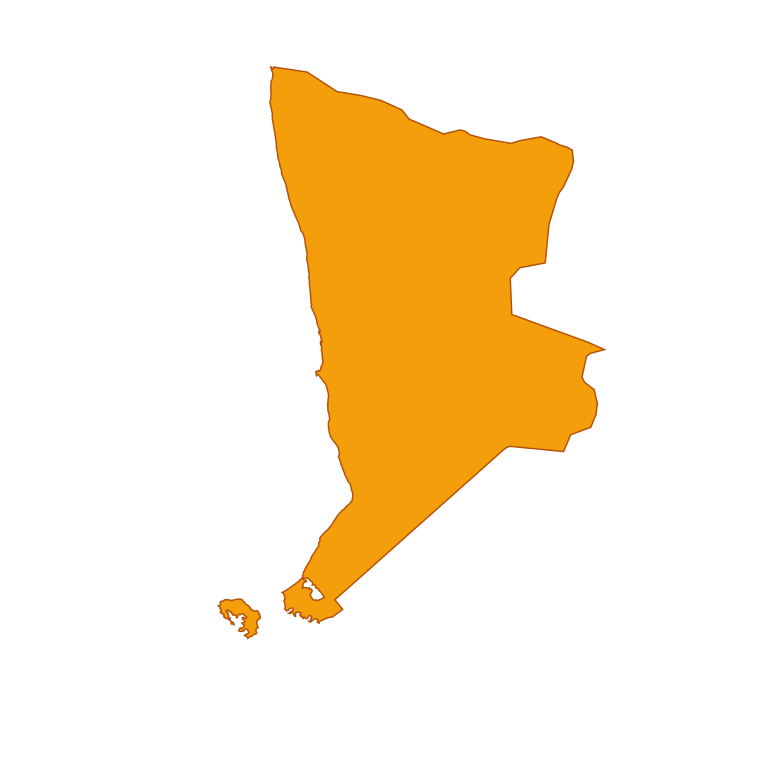 Dhubab, Ta`izz, Yemen, rotated 19°
{"feature_id": "15242507B83156576087304", "entity_name": "Dhubab", "entity_type": "district", "adm_level": 2, "iso_a3": "YEM", "parent_name": "Yemen", "parent_adm1": "Ta`izz", "projection": "mercator", "projection_center": [43.427, 12.956], "detail": "fine", "context": "isolated", "style": "filled", "palette": "amber", "viewbox_px": 768, "rotation_deg": 19, "n_neighbors": 0, "source": "geoboundaries", "source_scale": "gbopen_adm2", "svg_char_len": 6170}
<svg xmlns="http://www.w3.org/2000/svg" viewBox="0 0 768 768"><g transform="rotate(19 384 384)"><path d="M373.5,118.9L358.8,128.2L321.6,125.4L311.8,119.1L288.7,116.9L268.5,118.7L244.3,122.8L209.6,114.1L176.7,120.2L176.7,121.8L175.5,123.0L174.7,121.1L175.0,120.9L173.6,121.2L173.6,121.5L174.4,121.9L174.7,121.6L174.9,122.2L174.3,122.8L174.9,122.6L175.5,123.3L175.5,123.8L178.1,126.7L178.2,128.1L178.8,129.4L179.1,133.2L178.7,134.5L180.8,141.7L182.5,145.7L184.3,151.9L184.1,153.4L185.0,155.8L191.0,165.6L190.7,166.5L191.7,168.1L192.0,169.3L201.1,186.1L204.2,192.4L205.7,196.4L207.5,199.1L210.2,204.7L213.4,209.2L214.3,211.3L217.7,215.8L218.4,217.8L221.0,221.4L222.7,223.2L224.3,224.4L224.4,225.2L226.4,227.3L227.1,228.5L227.3,229.6L228.6,230.6L229.4,232.9L230.6,234.3L233.8,239.7L237.1,243.8L237.7,245.1L241.0,249.0L242.9,250.7L243.5,251.8L244.5,252.6L245.9,254.5L251.0,259.7L255.4,266.0L258.4,268.0L261.7,272.4L263.4,275.7L264.0,277.3L268.5,284.9L269.7,288.4L269.8,290.2L270.5,291.6L271.0,292.0L272.0,294.1L272.8,295.0L275.9,301.7L278.2,305.9L278.0,306.7L279.6,310.4L280.2,311.0L280.9,314.0L282.7,317.3L288.7,331.1L289.6,332.4L290.0,334.7L297.2,342.4L299.5,345.6L301.4,349.3L303.2,351.0L304.3,352.7L305.1,353.0L305.7,353.6L306.4,354.7L306.7,355.8L305.8,356.2L305.7,354.3L305.4,354.2L305.3,355.5L305.8,357.2L308.4,358.9L309.0,360.4L311.3,363.3L311.6,364.1L311.2,364.9L311.8,367.1L311.5,367.1L311.3,366.8L310.5,364.7L310.6,364.0L310.3,364.0L310.2,364.9L311.1,367.2L313.4,369.8L313.8,372.6L315.6,375.2L317.6,380.4L318.6,381.6L319.0,383.3L319.3,385.6L318.9,388.3L319.3,390.5L319.1,392.5L318.9,392.9L318.1,393.0L317.8,392.6L317.4,393.0L317.8,393.1L317.1,392.9L316.6,394.1L316.1,394.1L315.6,395.0L317.1,397.0L317.1,397.9L317.4,398.1L317.3,397.0L317.7,396.8L319.5,397.0L328.2,402.7L331.0,405.6L332.7,408.8L333.6,409.7L334.9,412.0L336.2,415.5L336.1,416.8L337.1,419.5L337.0,420.7L340.0,428.0L341.7,430.1L344.1,434.9L344.0,438.4L345.1,441.9L348.6,448.6L351.0,451.5L354.8,454.4L358.9,456.9L361.5,459.2L364.5,464.2L364.8,465.3L364.5,467.7L366.6,469.7L368.1,471.9L368.7,472.5L369.5,474.0L370.2,474.5L372.4,477.6L376.0,481.5L376.3,482.3L382.2,488.2L384.0,489.2L385.7,491.0L387.8,494.7L390.2,497.8L391.0,500.3L391.9,505.2L391.1,506.2L390.2,508.9L389.2,510.7L388.5,511.3L386.6,516.2L385.8,516.7L384.7,519.2L382.5,525.0L382.1,527.6L381.2,529.9L380.8,532.8L379.5,536.7L378.4,539.7L375.5,545.0L373.4,550.9L374.5,552.6L374.1,554.9L374.7,557.8L374.6,559.6L371.7,571.3L371.6,575.6L371.2,576.3L371.0,578.8L370.6,578.8L370.5,580.6L369.7,583.2L369.4,587.5L369.0,588.2L369.5,589.6L369.5,592.1L370.3,593.6L371.1,593.9L373.6,592.6L375.9,592.4L378.8,594.2L380.3,594.4L381.4,595.7L381.7,596.4L381.6,597.4L383.8,596.6L385.1,597.0L385.7,597.7L385.4,598.4L386.6,599.0L388.7,599.0L389.5,600.3L391.6,601.1L396.6,604.7L397.1,605.5L392.0,610.2L389.7,610.4L388.4,611.2L386.2,610.6L382.8,607.5L383.5,603.1L382.3,601.5L381.2,601.7L380.3,602.6L379.7,602.2L379.7,601.4L379.3,601.8L377.8,601.8L374.6,602.6L373.3,603.5L373.5,601.9L372.4,599.8L373.3,597.1L373.9,596.6L374.7,596.6L374.5,595.1L373.9,594.8L372.3,595.2L369.4,594.5L367.9,597.8L364.7,602.7L358.5,611.2L355.6,614.3L357.3,614.8L358.9,616.7L360.4,620.0L360.4,620.6L359.9,620.9L360.0,622.0L360.9,622.5L361.9,624.1L363.3,627.3L363.6,629.4L365.1,629.7L365.7,630.3L367.2,629.1L367.2,628.2L368.5,626.4L370.7,625.5L371.9,627.0L371.3,628.3L369.6,630.2L369.5,630.9L368.8,631.8L369.9,631.5L370.4,630.6L371.0,630.2L372.5,630.3L373.5,630.7L373.9,631.6L374.9,632.4L376.0,632.5L374.9,629.2L376.3,627.9L378.8,627.3L380.0,627.9L379.6,629.6L379.9,630.1L381.3,630.8L382.0,630.3L382.5,630.4L383.2,631.8L383.8,632.1L384.4,631.5L384.6,630.6L385.0,630.4L386.5,631.1L387.4,631.1L388.1,629.9L388.6,627.3L389.6,626.9L391.4,627.7L391.6,628.5L391.1,629.7L391.6,630.6L391.7,631.8L390.2,632.7L391.9,633.0L392.5,632.5L392.9,630.9L393.7,630.5L394.2,629.1L395.5,628.3L397.2,628.1L398.3,628.4L398.5,628.9L398.3,629.0L398.3,630.2L398.7,631.1L400.5,631.2L400.3,629.6L405.6,624.5L408.4,622.4L410.9,621.3L418.3,610.6L407.8,604.0L519.6,405.2L523.3,401.9L575.8,389.4L577.0,371.2L593.6,357.5L594.4,344.0L592.1,333.0L584.5,320.9L573.2,317.2L568.9,312.9L566.5,291.8L569.0,287.9L581.2,279.7L563.0,278.1L482.2,276.7L469.0,243.0L474.5,229.9L497.0,217.0L488.1,179.8L486.9,152.6L487.5,145.6L489.4,139.9L491.5,119.8L490.7,111.9L485.8,101.6L479.9,100.5L470.0,100.8L469.8,100.2L452.1,99.1L433.1,109.8L425.9,115.1L399.5,119.4L383.7,120.5L381.3,119.4L378.2,118.6L373.5,118.9ZM320.6,634.4L318.6,634.1L318.1,634.5L317.3,634.5L314.9,635.4L310.6,638.2L309.2,638.6L306.8,638.6L305.9,639.3L304.2,639.6L303.1,640.5L303.0,641.2L302.4,641.7L300.5,642.6L300.2,643.5L301.1,645.9L300.2,647.5L299.5,647.6L299.5,647.8L301.8,648.5L302.3,649.1L302.1,649.6L303.5,650.4L303.7,650.9L303.5,653.1L304.3,653.1L305.5,654.0L306.1,653.5L307.5,653.8L308.1,655.7L308.7,656.4L310.1,657.0L312.8,656.9L316.2,658.1L316.9,658.7L317.7,660.6L319.0,660.1L320.5,660.4L320.0,659.4L319.1,658.6L317.4,658.3L317.3,658.5L315.9,657.8L315.2,656.8L315.3,656.5L315.1,656.7L314.5,655.9L314.6,655.3L313.3,655.6L312.8,655.2L312.5,654.7L312.7,654.2L311.0,651.3L308.8,650.4L309.2,648.9L310.6,649.2L311.8,648.8L312.5,649.5L314.0,649.4L314.8,650.6L316.2,650.7L316.3,651.6L319.3,651.0L319.9,651.4L320.3,652.8L321.1,653.0L321.4,652.6L321.2,649.6L321.8,649.0L323.1,649.1L324.4,647.5L325.8,647.3L329.9,649.0L330.2,649.8L330.0,650.7L328.1,650.7L327.8,650.4L327.5,650.7L326.4,650.7L326.2,651.1L326.9,652.6L329.1,653.0L329.7,653.5L329.9,654.5L327.5,656.3L328.9,657.1L329.9,657.1L330.3,657.6L330.5,658.5L329.6,661.3L329.3,661.5L328.0,661.3L327.4,661.5L326.8,664.6L328.2,664.8L330.5,664.0L332.1,662.8L332.6,660.7L333.4,660.5L334.8,660.7L337.0,662.6L337.2,663.5L333.8,667.1L334.5,667.4L336.2,667.2L338.0,668.9L339.3,666.7L340.2,665.9L341.1,665.7L342.7,662.6L344.1,662.3L344.8,661.0L342.9,658.6L342.8,657.5L343.2,656.5L344.0,656.2L344.2,655.3L341.5,651.7L341.1,650.0L341.1,649.3L341.9,647.3L342.9,646.4L343.1,644.6L341.7,643.1L341.5,642.4L340.6,642.0L339.8,640.7L338.6,639.8L337.6,639.8L335.7,641.0L334.5,641.0L334.1,640.6L332.5,640.8L328.7,638.0L325.5,637.3L323.2,636.0L323.0,635.6L322.2,635.7L320.6,634.4Z" fill="#f59e0b" stroke="#b45309" stroke-width="1.5"/></g></svg>